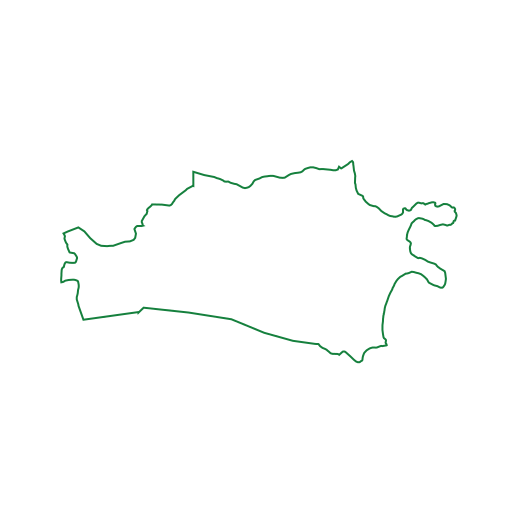 the district of Monchy/Mount Layau, Gros Islet, Saint Lucia, rotated 31°
{"feature_id": "8701671B54690332526022", "entity_name": "Monchy/Mount Layau", "entity_type": "district", "adm_level": 2, "iso_a3": "LCA", "parent_name": "Saint Lucia", "parent_adm1": "Gros Islet", "projection": "mercator", "projection_center": [-60.92, 14.069], "detail": "fine", "context": "isolated", "style": "outline", "palette": "green", "viewbox_px": 512, "rotation_deg": 31, "n_neighbors": 0, "source": "geoboundaries", "source_scale": "gbopen_adm2", "svg_char_len": 6119}
<svg xmlns="http://www.w3.org/2000/svg" viewBox="0 0 512 512"><g transform="rotate(31 256 256)"><path d="M158.9,216.1L166.2,228.2L165.6,228.3L165.5,228.8L162.4,233.9L161.9,235.9L158.8,243.5L157.6,247.8L157.3,249.3L157.5,250.5L157.2,252.8L157.2,254.7L156.7,256.3L155.8,257.4L148.9,260.4L140.4,265.3L140.4,266.3L139.8,268.5L139.2,270.0L138.8,271.8L138.9,272.9L139.8,273.4L139.9,274.0L140.6,276.2L140.4,276.9L139.9,279.4L140.1,284.9L140.8,286.0L141.6,286.5L141.9,286.7L142.3,287.2L142.5,287.3L143.2,288.2L143.5,288.2L142.4,289.3L138.7,291.5L138.1,292.8L137.9,294.4L137.9,295.5L141.6,298.7L143.1,302.7L142.8,305.2L140.4,308.4L136.4,311.2L133.7,314.3L128.3,320.8L125.3,322.7L123.4,324.2L118.0,327.0L113.2,327.7L104.7,326.1L96.2,323.3L89.0,323.0L82.0,332.0L79.4,335.8L80.7,336.5L82.0,337.4L82.5,338.8L82.9,339.8L84.2,340.9L86.1,342.3L87.1,342.8L88.4,343.3L89.2,344.8L89.8,345.5L91.3,346.8L92.6,347.7L94.3,348.9L94.6,348.9L98.7,347.3L100.0,347.6L102.4,348.8L103.3,349.4L103.8,350.2L104.0,351.2L104.5,353.1L104.6,354.1L104.3,355.0L103.8,355.4L102.1,356.5L99.6,357.8L97.4,358.6L96.7,358.9L96.1,359.5L96.0,360.2L96.0,361.2L96.4,362.9L96.9,364.2L96.8,364.7L96.5,365.2L96.3,365.6L96.3,366.8L96.6,368.0L98.4,371.5L99.1,372.6L100.7,375.8L101.5,377.2L102.7,378.8L103.7,377.9L104.3,377.2L104.9,375.9L105.3,375.3L107.7,373.1L109.1,372.1L111.4,370.5L112.6,369.9L113.9,369.5L115.9,369.2L116.7,369.6L118.7,371.8L119.6,373.1L120.3,374.5L121.0,376.8L122.4,379.8L122.9,381.3L123.5,383.5L124.7,385.5L125.8,386.5L128.5,388.9L129.6,390.2L140.9,399.5L184.0,364.7L184.4,365.2L186.3,358.2L227.3,339.2L267.5,322.9L302.6,317.6L331.3,309.7L352.2,300.8L354.9,299.3L357.5,300.3L358.2,300.3L358.8,300.4L360.4,300.5L362.9,300.1L364.8,300.0L366.1,300.3L367.3,300.4L369.8,300.9L370.4,300.9L372.1,300.4L376.1,298.1L377.0,297.8L377.9,297.7L378.2,297.8L378.3,297.5L379.6,293.3L380.6,292.5L381.5,292.2L382.7,292.3L388.5,293.4L393.3,294.5L396.0,294.9L396.8,294.8L397.7,294.7L398.5,294.3L399.2,293.9L399.8,293.1L400.0,292.3L400.7,291.2L400.8,290.7L400.5,289.7L399.9,288.5L399.3,286.8L398.8,284.3L398.7,283.1L398.9,282.2L399.4,279.9L400.5,277.7L401.1,276.6L402.1,275.4L403.0,274.5L404.6,273.5L406.1,272.7L406.8,272.1L408.8,269.5L409.6,268.6L410.8,268.1L412.6,266.5L413.8,265.5L414.0,265.2L413.4,264.5L412.0,263.8L411.8,263.5L411.5,263.2L411.4,262.6L410.9,261.4L410.5,261.0L409.6,260.7L408.0,260.5L407.1,259.9L405.2,257.7L402.5,254.3L400.0,250.1L398.5,246.7L397.2,244.3L396.4,242.4L396.2,242.2L395.8,241.1L395.6,240.2L395.2,239.6L395.1,238.8L394.5,237.5L394.3,236.8L393.2,234.3L392.5,232.0L392.1,229.5L391.8,228.3L391.7,227.4L390.5,221.9L390.1,218.2L390.0,214.7L389.6,212.9L389.6,211.3L389.5,210.0L389.2,208.7L389.2,205.0L389.5,202.7L390.3,199.8L390.7,199.0L391.3,198.1L393.4,194.0L394.3,193.4L395.7,192.0L397.6,189.3L399.7,188.4L400.6,188.2L402.4,187.7L404.1,187.1L406.8,186.6L409.8,186.9L412.5,187.4L413.7,187.8L414.2,187.8L415.9,188.7L417.0,189.4L418.1,189.8L423.0,189.5L424.1,189.3L427.1,188.4L429.2,188.3L430.0,188.2L430.9,187.9L431.5,187.5L432.2,187.0L432.5,185.9L432.6,183.3L432.3,181.9L432.1,181.5L431.7,180.4L430.6,177.8L426.9,173.1L425.5,171.9L424.6,171.9L424.0,171.8L423.6,171.9L419.9,171.9L418.6,171.7L417.8,171.7L415.9,171.2L414.8,170.7L414.3,170.6L412.5,170.8L409.0,171.7L406.1,172.3L404.5,172.2L402.7,172.2L399.4,172.6L398.0,173.0L397.2,173.3L396.5,174.1L395.7,174.4L392.6,174.4L391.5,174.4L391.1,174.2L389.8,174.3L388.6,174.2L387.4,173.8L387.0,173.5L386.0,172.7L384.4,170.8L384.2,170.3L383.8,170.0L383.1,168.5L382.8,166.9L382.2,165.3L381.2,164.7L380.3,164.5L377.7,164.4L376.7,164.1L376.3,163.8L376.0,163.3L375.5,161.9L374.9,160.9L374.8,160.3L374.4,159.8L374.3,159.1L373.9,157.9L373.7,156.8L373.4,154.4L373.2,151.7L373.0,149.9L372.7,148.6L372.6,147.8L372.9,146.5L373.5,144.7L373.6,143.7L374.3,141.9L375.4,140.2L376.1,139.6L379.2,138.4L380.6,138.1L382.3,138.1L383.3,137.7L385.8,137.2L389.2,137.1L390.6,137.3L392.8,137.8L393.5,138.2L394.2,138.0L396.1,136.6L398.0,134.4L399.9,132.6L402.4,131.8L404.1,131.5L404.6,131.0L405.8,129.6L406.7,129.1L407.2,128.2L407.3,127.7L407.5,126.8L408.0,126.2L407.9,125.4L407.5,124.6L407.5,124.1L408.0,123.2L408.4,123.0L407.4,118.7L407.0,117.8L405.3,116.2L403.5,115.6L403.0,115.0L403.0,114.1L402.5,113.2L401.4,112.6L400.5,112.5L399.3,113.4L398.5,113.4L396.5,112.9L395.2,112.9L393.0,113.2L390.0,114.8L387.2,119.3L386.0,120.3L384.8,120.6L383.9,120.6L383.1,119.9L382.6,118.4L382.2,118.1L380.5,118.5L379.1,119.4L377.9,120.7L377.0,121.6L376.0,123.0L375.0,123.8L374.8,124.6L374.0,124.8L372.5,124.5L371.6,124.9L370.7,125.7L368.2,126.4L367.4,126.8L366.5,128.3L365.3,133.1L364.9,134.2L364.9,135.4L365.0,135.8L365.0,136.9L364.3,137.9L363.5,138.5L362.4,138.7L362.0,138.9L360.8,138.8L359.9,138.3L359.6,138.4L359.1,138.3L358.0,139.5L358.0,140.4L359.6,142.9L359.6,144.4L359.3,145.5L356.7,149.3L355.3,150.6L354.9,150.7L354.0,151.3L352.8,151.6L350.4,152.6L348.4,152.9L346.3,152.9L345.0,153.1L343.5,153.1L340.2,152.9L336.6,151.9L334.0,151.7L332.6,151.9L331.1,152.7L327.2,153.7L325.3,153.5L321.6,152.8L321.1,152.4L319.7,152.0L318.3,151.3L317.1,149.8L316.3,149.6L311.6,150.1L308.5,148.1L306.5,146.2L304.4,143.4L303.2,142.4L300.3,137.2L300.0,136.4L298.2,134.3L296.0,132.3L293.1,128.5L292.4,127.7L291.3,126.1L290.7,125.5L289.4,125.1L288.2,127.3L287.8,128.8L287.8,129.1L287.3,130.3L284.3,136.4L284.1,136.9L283.7,137.1L281.2,136.7L281.6,139.7L280.1,141.5L277.9,142.8L275.5,143.7L269.0,146.8L267.6,147.6L265.5,149.0L262.4,149.6L259.2,150.6L256.8,152.1L255.0,154.0L253.3,156.0L252.8,157.1L252.5,158.3L252.1,159.7L251.1,161.3L249.1,163.0L246.5,165.0L244.6,166.8L243.6,167.8L242.5,169.6L240.8,173.0L240.3,174.0L240.1,174.2L238.6,175.3L235.8,176.7L234.9,176.9L230.3,178.2L229.2,178.6L227.5,179.6L225.8,180.8L224.9,181.6L222.3,183.6L220.8,185.0L220.4,185.5L219.1,187.7L216.1,191.3L215.6,193.2L215.7,196.0L215.1,198.8L214.3,200.7L213.2,202.0L211.6,203.5L209.3,204.2L205.6,204.3L204.5,204.4L203.0,204.4L202.0,204.6L200.3,205.3L196.6,206.3L195.6,206.4L194.4,206.4L193.8,206.5L192.1,207.7L190.5,208.4L188.9,208.2L185.8,208.5L184.0,208.9L182.4,209.4L179.5,209.8L177.9,210.4L169.9,213.3L158.9,216.1Z" fill="none" stroke="#15803d" stroke-width="2"/></g></svg>